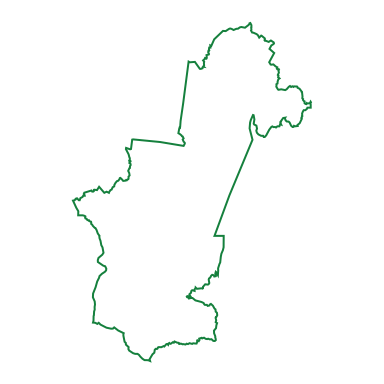 the district of El Plateado de Joaquín Amaro, Zacatecas, Mexico
{"feature_id": "50627088B59379966693787", "entity_name": "El Plateado de Joaquín Amaro", "entity_type": "district", "adm_level": 2, "iso_a3": "MEX", "parent_name": "Mexico", "parent_adm1": "Zacatecas", "projection": "equal_earth", "projection_center": [-103.037, 22.004], "detail": "fine", "context": "isolated", "style": "outline", "palette": "green", "viewbox_px": 384, "rotation_deg": 0, "n_neighbors": 0, "source": "geoboundaries", "source_scale": "gbopen_adm2", "svg_char_len": 5938}
<svg xmlns="http://www.w3.org/2000/svg" viewBox="0 0 384 384"><path d="M73.0,200.6L76.3,207.8L78.3,211.2L78.2,215.3L82.7,215.3L84.7,215.9L85.4,216.4L85.1,217.7L85.5,218.5L86.6,218.8L87.4,220.1L89.0,220.3L89.2,221.1L91.0,221.7L91.2,222.3L91.2,223.9L92.3,224.8L92.8,225.8L94.8,227.9L95.4,228.0L96.5,229.9L97.8,233.5L99.5,235.9L99.3,236.5L99.6,238.5L100.5,240.8L101.3,245.2L102.5,247.4L103.5,252.8L102.3,254.7L98.5,257.9L97.8,260.1L97.9,262.0L103.3,265.7L105.2,266.3L106.3,268.7L106.1,270.4L104.9,271.8L101.9,273.8L99.5,276.1L99.1,277.7L97.2,281.5L95.6,287.2L93.1,293.5L92.9,297.3L94.7,301.4L95.0,304.5L94.6,307.0L94.7,309.6L94.1,311.5L93.9,315.3L93.6,316.0L93.5,320.6L93.0,322.6L95.3,322.8L97.3,323.9L98.7,322.8L100.5,324.6L106.5,327.7L111.2,328.7L112.9,328.6L114.2,327.4L118.2,330.5L123.7,333.2L123.4,333.9L123.4,335.7L124.6,341.8L125.8,342.9L125.9,344.6L128.6,347.1L128.4,349.1L129.2,350.6L133.1,353.2L135.3,353.9L137.6,353.9L139.0,354.9L140.2,356.5L142.4,358.7L144.5,360.1L148.2,360.2L150.1,361.0L149.6,359.2L152.5,354.3L154.3,352.7L154.8,349.7L155.8,348.8L156.9,349.0L157.6,348.5L157.9,347.5L158.7,347.1L161.3,347.2L163.7,346.1L164.3,346.5L166.4,344.1L167.2,344.0L168.1,344.8L168.3,343.7L169.3,343.0L169.9,343.7L170.7,343.8L172.9,342.2L173.8,342.7L174.5,341.5L177.2,342.7L178.5,342.8L179.0,343.1L179.0,343.8L179.6,344.0L180.9,343.6L182.6,344.3L183.1,344.1L185.6,344.5L186.6,343.7L188.0,344.1L189.5,343.2L192.2,343.9L193.1,343.3L196.3,343.6L196.6,343.5L196.6,343.1L197.2,342.2L197.1,340.6L197.3,340.3L198.8,341.1L199.5,340.0L199.2,338.6L201.7,337.8L202.2,338.4L204.0,337.7L205.6,338.8L207.2,339.1L208.1,338.7L209.8,339.4L211.5,339.2L213.3,340.9L214.8,341.0L215.8,340.1L215.7,338.9L215.2,337.1L215.3,336.3L214.1,333.3L214.0,330.6L216.0,328.2L216.4,325.1L217.1,323.1L215.7,322.2L216.2,320.2L215.6,317.9L215.9,317.0L216.3,317.0L217.2,315.4L217.2,314.7L216.9,312.7L215.7,311.6L215.5,309.4L214.5,308.6L212.9,305.7L210.9,303.9L210.0,304.4L209.4,305.5L207.7,305.9L206.9,304.9L204.9,304.9L204.3,304.4L203.6,303.0L201.5,302.0L195.4,300.4L192.5,298.0L190.8,298.0L188.9,298.5L188.4,297.6L187.1,297.2L186.8,296.6L187.3,296.1L190.7,296.7L189.4,294.7L189.5,294.1L191.0,292.8L191.3,291.0L192.2,290.2L194.6,290.9L194.5,289.5L195.5,288.2L195.6,287.5L196.9,288.8L201.5,288.3L202.5,288.6L203.0,288.2L203.0,286.8L205.2,284.3L207.9,284.6L208.6,284.2L209.3,283.0L208.7,279.6L209.0,278.5L210.2,277.6L211.2,275.7L212.2,274.8L213.8,275.3L214.3,276.5L215.8,276.2L216.0,275.2L215.3,273.5L215.8,271.8L216.1,272.1L216.2,273.6L217.3,274.2L217.9,275.2L218.2,270.7L218.1,268.3L219.5,263.9L220.2,262.5L220.8,256.8L221.4,253.7L222.9,250.2L223.6,247.3L223.7,235.9L214.5,235.9L229.4,195.4L252.5,139.8L249.6,128.4L250.1,122.5L250.8,120.0L253.0,115.0L253.6,115.2L254.4,119.4L253.7,123.7L254.2,124.5L256.4,125.6L257.0,128.6L256.3,130.7L256.9,132.7L258.4,134.4L261.1,135.8L263.1,135.8L263.7,137.0L264.7,137.0L266.2,135.4L269.3,129.6L271.3,127.0L272.3,126.4L273.5,127.1L275.1,127.0L276.0,127.5L277.4,126.3L279.4,126.3L280.1,124.2L281.2,124.6L280.4,122.7L280.8,122.0L280.5,121.8L283.2,118.0L285.1,117.7L284.6,118.4L285.4,119.4L285.6,120.4L286.8,121.5L288.6,121.6L289.6,122.5L291.1,125.7L292.6,127.0L293.5,126.9L294.0,125.8L295.1,126.3L297.7,126.0L297.5,125.0L299.7,123.2L301.8,118.8L301.3,118.1L301.8,117.6L301.9,116.1L302.3,116.0L302.1,113.5L302.9,111.5L303.7,110.2L305.3,110.2L306.9,108.9L307.4,107.7L310.7,107.7L310.7,104.6L310.3,103.6L311.0,102.4L310.6,101.7L309.9,103.2L307.3,103.5L306.8,103.1L306.3,104.1L305.4,103.9L304.5,103.1L304.6,101.4L303.8,101.0L302.9,99.8L303.1,99.0L302.3,98.2L302.5,96.5L302.0,92.0L301.6,91.9L301.4,91.2L299.5,88.7L297.6,87.8L297.3,86.7L297.0,86.5L293.9,86.4L293.5,86.9L292.3,86.3L291.1,87.0L290.0,86.0L288.8,86.8L286.6,89.3L285.2,90.1L281.2,89.3L278.6,89.8L278.0,89.5L276.3,86.7L276.5,86.0L276.4,84.2L277.5,83.5L277.6,81.7L278.1,79.9L278.6,79.0L279.5,78.4L278.1,77.2L278.5,75.8L277.8,75.0L278.9,72.6L278.4,70.4L279.0,69.7L278.7,69.1L277.2,69.1L276.8,68.6L277.3,67.3L275.6,66.4L273.4,64.4L271.1,64.7L270.6,64.5L269.2,62.2L274.2,53.0L269.5,48.9L271.3,45.5L273.6,44.0L274.0,43.3L273.7,42.4L270.9,40.5L268.7,41.9L265.9,40.8L265.0,40.8L264.5,40.1L264.9,39.3L264.8,38.4L261.8,35.9L261.2,35.6L259.2,37.6L257.9,35.2L256.6,34.1L253.4,32.7L252.1,32.5L251.0,30.5L251.4,29.9L251.2,27.5L251.4,27.4L251.4,25.1L250.3,23.0L249.5,23.3L249.3,24.2L248.3,25.2L245.0,27.7L241.3,27.0L239.8,27.4L238.0,28.7L236.3,28.8L233.6,30.0L231.6,28.9L230.1,28.5L229.0,28.9L225.7,31.1L223.0,30.9L214.2,39.3L211.3,45.9L210.3,45.4L210.4,47.6L209.2,47.6L208.9,49.6L209.3,50.3L208.6,51.5L208.3,51.4L208.2,52.3L209.0,54.0L208.8,54.5L206.5,55.1L206.8,57.9L206.5,58.5L206.2,58.4L206.1,57.3L205.7,58.5L205.0,58.1L204.5,59.2L203.1,60.4L204.2,61.8L203.9,63.0L204.1,65.3L203.7,65.7L203.6,66.5L203.9,66.8L203.1,66.7L202.6,67.3L202.5,68.3L200.8,68.9L199.8,68.8L194.9,61.9L189.8,62.3L188.6,61.6L183.1,103.8L180.6,120.9L180.2,126.3L180.0,127.7L179.6,127.5L179.2,128.8L178.4,133.2L179.9,134.1L181.5,135.4L182.0,136.3L182.7,136.5L183.6,138.4L182.7,139.5L183.6,141.6L184.7,142.7L184.8,143.6L183.6,145.9L160.0,142.0L133.1,139.4L132.2,139.6L131.0,149.0L130.1,149.3L126.1,147.9L125.9,149.1L128.6,154.3L129.4,157.4L129.8,158.1L129.8,159.6L129.3,160.5L130.4,160.9L130.5,161.4L129.5,161.9L129.4,163.1L130.3,163.5L130.6,164.2L130.6,165.2L130.0,166.1L129.9,168.0L129.4,168.2L128.2,170.9L129.2,173.0L129.6,175.4L128.5,176.7L128.6,178.1L128.3,179.2L127.4,179.5L126.9,180.2L126.1,180.0L125.8,180.6L123.2,180.9L121.4,178.8L120.3,177.9L119.8,178.1L119.5,179.1L118.3,180.7L116.9,181.2L115.5,182.9L114.4,184.8L114.2,186.4L112.7,187.2L111.6,189.6L110.5,190.1L109.1,192.1L108.9,192.8L106.6,191.7L104.3,192.8L99.1,186.8L97.0,190.1L94.2,189.7L94.0,189.8L93.8,191.2L93.2,191.6L92.2,191.6L91.5,190.5L84.3,192.7L83.8,193.9L84.3,194.3L84.7,195.7L83.2,195.8L82.5,197.0L80.4,198.1L79.7,200.2L78.8,200.2L77.0,198.3L76.0,198.6L75.8,199.2L75.4,199.2L74.7,200.2L73.0,200.6Z" fill="none" stroke="#15803d" stroke-width="2"/></svg>